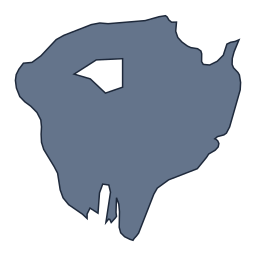 the border of Pampanga
{"feature_id": "PHL-2558", "entity_name": "Pampanga", "entity_type": "Province", "adm_level": 1, "iso_a3": "PHL", "parent_name": "Philippines", "parent_adm1": "", "projection": "natural_earth1", "projection_center": [120.674, 15.026], "detail": "fine", "context": "isolated", "style": "filled", "palette": "slate", "viewbox_px": 256, "rotation_deg": 0, "n_neighbors": 0, "source": "natural_earth", "source_scale": "10m", "svg_char_len": 1355}
<svg xmlns="http://www.w3.org/2000/svg" viewBox="0 0 256 256"><path d="M133.0,240.3L129.9,239.3L124.6,236.7L120.7,232.8L119.2,227.3L119.5,211.7L118.8,204.1L116.5,197.7L116.0,212.4L116.5,216.3L115.4,217.9L111.2,222.5L109.8,219.4L108.6,219.1L105.9,222.5L110.5,192.2L108.8,185.0L102.7,184.1L99.5,192.9L98.0,213.2L90.0,208.1L87.1,214.0L87.1,218.5L82.5,214.2L68.7,204.7L63.1,197.9L60.2,189.9L57.6,173.2L54.1,166.5L43.7,149.4L41.5,142.3L41.1,134.2L41.5,126.9L40.8,119.9L37.0,112.5L30.8,106.2L24.8,101.8L19.8,96.6L16.4,88.0L15.4,80.4L16.2,74.6L18.9,69.2L23.4,63.2L32.0,62.4L40.9,55.9L56.2,39.6L63.9,35.3L91.3,24.6L99.8,23.0L108.1,23.7L145.2,20.6L159.1,16.7L165.5,15.7L167.2,17.0L168.8,19.9L171.6,22.2L176.5,22.1L175.7,31.3L177.8,37.5L182.0,42.1L187.5,46.1L190.8,47.6L197.6,48.7L200.9,51.0L201.7,53.8L201.6,61.6L203.3,64.4L209.7,65.0L217.2,61.3L223.3,55.2L226.9,44.1L230.6,42.3L235.2,41.4L239.0,39.8L234.1,51.7L232.3,58.3L232.1,64.4L233.5,67.8L238.0,72.6L239.4,75.0L240.6,82.5L240.2,89.9L229.6,127.0L226.4,133.1L223.9,134.9L217.5,136.6L214.8,138.8L215.8,139.2L217.7,140.8L218.9,143.5L218.2,146.9L215.3,150.1L208.7,154.0L206.4,157.5L197.3,168.7L168.7,179.8L157.3,188.1L153.8,194.2L138.6,233.1L136.5,235.9L134.1,238.5L133.0,240.3ZM105.4,93.1L122.6,87.2L122.6,58.7L96.3,59.9L74.1,74.1L90.3,78.9L105.4,93.1Z" fill="#64748b" stroke="#1e293b" stroke-width="1.5"/></svg>